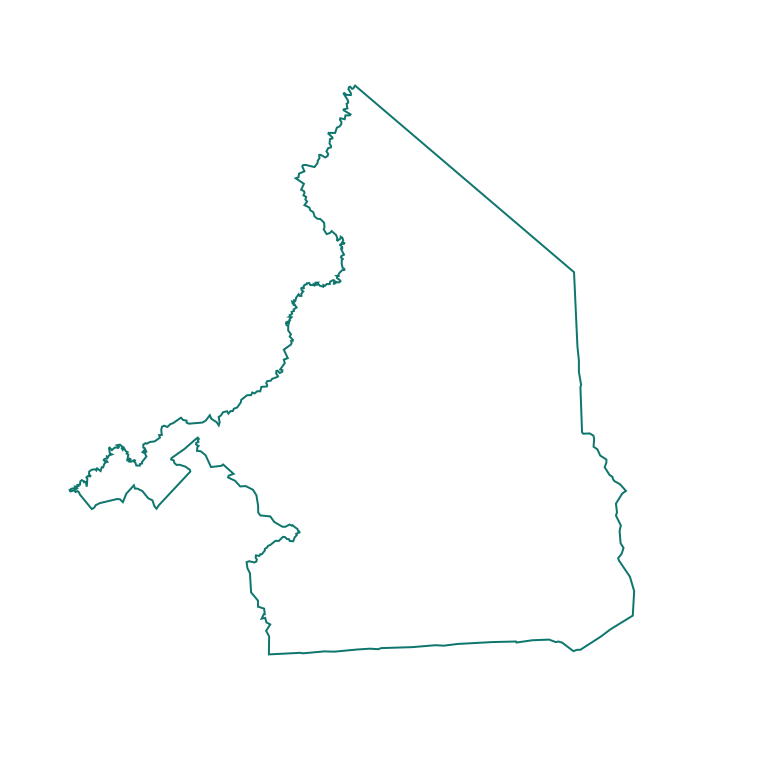 Kilgoris, Rift Valley, Kenya, rotated 191°
{"feature_id": "3690345B49962205101636", "entity_name": "Kilgoris", "entity_type": "district", "adm_level": 2, "iso_a3": "KEN", "parent_name": "Kenya", "parent_adm1": "Rift Valley", "projection": "orthographic", "projection_center": [35.018, -1.222], "detail": "fine", "context": "isolated", "style": "outline", "palette": "teal", "viewbox_px": 768, "rotation_deg": 191, "n_neighbors": 0, "source": "geoboundaries", "source_scale": "gbopen_adm2", "svg_char_len": 6162}
<svg xmlns="http://www.w3.org/2000/svg" viewBox="0 0 768 768"><g transform="rotate(191 384 384)"><path d="M95.6,204.1L98.9,228.4L105.8,241.7L119.9,255.8L120.9,257.7L118.3,262.8L117.6,268.8L121.4,272.9L124.7,284.7L124.5,290.3L131.2,299.1L130.8,302.5L133.5,310.8L129.2,322.0L126.1,325.2L133.1,330.6L139.2,332.6L141.0,334.1L142.0,336.4L145.3,337.8L151.5,344.4L150.7,349.4L151.3,352.3L158.1,355.0L162.1,360.6L166.3,362.4L167.3,370.4L168.6,373.3L172.6,374.7L179.1,373.2L180.4,374.5L190.6,418.4L190.3,420.6L195.0,433.1L197.2,444.3L201.3,457.8L218.8,530.0L469.3,671.4L470.7,668.0L471.7,667.7L474.0,669.4L475.0,668.7L475.2,666.7L471.9,663.0L471.7,661.3L475.8,660.7L478.6,662.0L479.0,661.3L473.6,655.6L472.8,653.4L474.2,651.9L472.5,647.6L476.0,645.8L475.9,645.0L468.3,642.3L468.9,641.1L473.1,640.3L473.1,636.4L477.6,636.5L477.7,634.9L475.7,633.0L475.6,630.5L476.8,628.3L479.2,626.6L479.9,621.1L486.2,620.0L486.4,619.2L481.7,616.2L481.5,615.2L483.8,614.1L483.3,609.6L481.4,607.6L481.3,606.1L483.8,604.9L484.9,601.3L482.7,599.3L482.9,597.0L484.8,595.2L490.1,596.9L491.3,596.5L490.4,593.3L491.6,590.6L491.4,588.1L493.7,583.7L503.0,584.1L505.4,583.3L505.7,581.9L502.7,577.6L507.5,574.3L507.4,570.7L509.9,569.1L500.8,565.2L502.4,558.9L499.3,558.0L498.5,556.5L499.1,553.8L496.1,552.8L496.4,550.1L494.3,548.4L496.2,544.4L491.0,543.0L489.4,540.4L486.2,539.2L484.1,535.2L480.9,533.5L478.0,533.8L473.6,530.9L472.3,526.4L472.7,524.3L469.5,520.8L468.8,520.2L465.8,522.0L464.6,524.1L459.4,521.1L457.6,518.0L457.6,516.2L456.8,515.9L454.4,518.6L454.6,520.3L452.9,519.7L451.4,517.2L452.1,515.1L449.9,514.8L450.0,514.0L453.4,512.9L453.7,512.1L451.2,510.6L450.9,509.0L451.9,508.9L451.7,508.0L447.9,503.3L450.3,501.4L450.4,500.0L448.2,498.8L449.1,497.6L448.5,494.1L446.9,490.3L444.9,489.4L444.7,488.4L446.8,487.7L448.6,485.1L449.6,482.8L449.1,481.4L451.1,481.0L450.3,480.5L450.4,479.1L446.7,477.2L446.3,476.4L447.7,475.0L451.4,475.1L450.9,473.6L452.3,472.9L452.5,476.1L453.8,476.3L456.4,474.1L456.3,471.7L459.3,471.2L460.8,469.0L462.4,469.6L462.3,467.9L465.6,468.2L467.1,469.3L468.8,468.7L468.0,471.0L470.6,470.4L471.0,467.6L472.1,468.3L472.0,467.6L475.3,467.1L476.7,468.9L479.0,468.1L478.9,467.1L481.0,466.2L481.5,464.2L480.7,461.9L482.0,463.3L483.5,462.2L482.6,460.2L480.9,459.5L482.3,456.9L481.9,454.7L483.7,454.4L484.9,455.8L486.7,452.0L486.9,448.8L488.1,449.0L487.8,447.5L489.9,447.5L489.1,445.6L487.7,445.4L487.6,444.5L486.9,444.9L484.4,442.4L486.9,440.0L486.3,438.5L488.4,437.2L487.6,435.3L489.7,433.6L488.7,432.5L489.6,431.9L487.5,431.9L489.1,429.4L488.4,428.4L490.1,427.0L488.9,426.5L489.0,425.1L491.6,425.9L491.9,425.2L490.7,423.0L489.1,423.0L488.3,418.3L484.8,415.0L485.6,412.6L481.8,409.9L481.8,409.1L483.4,408.5L482.5,406.7L482.9,404.9L488.9,398.6L483.4,391.0L487.0,388.8L485.4,385.6L488.7,378.4L486.4,378.2L486.2,376.6L488.4,374.9L491.2,376.7L492.1,376.3L491.9,373.8L489.5,371.4L490.0,370.6L494.8,367.7L495.8,365.6L499.2,364.5L499.8,362.4L498.3,360.3L498.5,359.2L503.8,357.8L504.1,353.2L507.1,352.7L509.2,350.1L511.7,350.5L512.3,347.8L516.3,346.8L521.1,341.2L521.1,338.5L523.6,333.0L526.7,331.0L527.3,328.5L529.5,328.1L531.1,325.3L532.9,327.3L536.6,325.6L538.1,321.9L540.0,320.1L538.0,315.0L538.3,311.9L541.0,314.6L546.9,316.9L549.0,320.1L552.1,313.9L554.9,311.5L568.0,307.8L570.4,308.4L570.8,310.4L574.3,310.3L576.9,312.2L583.7,305.2L586.0,303.9L588.4,300.5L591.9,301.1L593.8,299.7L593.9,296.3L592.4,291.6L595.0,290.9L593.7,288.6L598.2,283.9L602.7,282.4L605.5,280.1L606.9,280.4L608.7,278.6L608.1,275.6L606.7,275.4L604.4,272.2L605.2,271.4L606.8,273.1L608.0,271.0L605.6,270.4L603.4,267.6L606.7,261.1L606.3,259.8L608.3,258.8L608.1,257.3L611.6,256.7L613.1,259.4L614.7,260.2L613.9,261.4L614.5,261.7L617.5,259.4L619.3,259.3L618.4,261.7L619.5,262.2L620.8,260.0L621.5,260.1L621.5,265.9L623.3,266.5L622.6,268.1L624.7,268.8L627.2,271.7L627.9,269.5L629.2,270.9L628.3,272.2L631.7,274.1L634.5,272.9L632.2,271.8L632.6,270.6L636.0,270.4L638.5,267.2L641.2,269.2L641.7,268.6L639.8,263.5L637.6,263.0L640.5,261.3L640.9,259.5L642.2,259.9L641.7,258.0L644.2,257.0L644.6,255.8L643.4,254.9L641.4,255.5L640.8,254.8L641.6,254.7L643.3,252.3L643.8,248.6L645.2,248.4L645.6,244.5L649.5,246.4L649.9,244.3L651.3,245.2L654.7,244.0L656.7,241.7L656.2,238.7L654.7,238.0L654.8,237.3L657.4,236.9L658.3,235.5L657.1,234.3L656.2,226.5L658.0,230.9L659.7,230.4L659.8,231.2L662.3,232.0L663.5,230.5L663.2,227.2L665.4,226.5L664.6,225.4L667.5,224.5L665.3,223.1L667.0,221.5L668.1,222.7L670.9,221.5L672.4,219.9L671.4,218.7L667.8,220.5L666.2,219.1L664.6,220.4L662.7,219.4L661.6,217.6L647.0,205.5L644.8,207.4L644.0,209.9L640.3,212.8L624.0,220.2L621.1,220.4L617.8,218.2L616.0,227.2L610.2,236.8L608.5,233.8L606.2,234.3L600.8,232.8L593.6,226.8L589.1,225.6L585.9,220.0L583.5,218.2L581.9,222.0L557.4,261.1L558.3,262.8L563.6,265.1L569.3,265.7L572.2,265.0L574.7,266.5L575.9,268.9L578.5,269.3L578.5,270.7L567.5,282.1L558.2,294.1L556.6,295.8L555.8,295.4L555.3,294.6L556.0,293.3L555.1,291.8L557.1,290.3L556.9,288.8L554.2,287.8L555.2,286.3L554.8,282.7L551.0,283.0L545.5,280.0L538.0,269.5L528.1,272.6L526.6,274.3L514.5,267.1L519.0,264.4L519.2,262.5L511.7,260.6L505.6,256.0L500.3,257.4L492.5,255.2L488.0,250.4L484.3,240.3L483.0,233.9L480.3,231.4L470.3,232.3L465.5,227.7L456.5,224.5L453.6,225.0L449.9,228.0L447.4,227.3L447.0,227.9L441.1,225.0L440.3,223.4L438.9,223.0L438.6,222.2L441.6,220.2L440.8,219.0L442.4,216.5L443.1,212.3L446.6,211.9L447.6,213.5L449.7,213.3L452.1,214.8L454.0,214.7L457.4,209.8L460.6,209.4L464.8,204.4L467.1,202.9L467.5,201.3L469.5,199.4L469.2,197.8L471.5,193.5L472.9,193.4L473.6,191.4L476.9,191.4L476.9,189.1L475.3,187.4L475.5,185.3L477.1,184.1L482.5,184.3L484.9,182.9L482.9,177.1L479.5,172.7L474.7,154.1L466.4,147.3L465.2,141.4L458.8,140.6L457.1,135.3L458.1,135.1L459.3,130.3L456.0,131.7L453.9,127.5L449.8,126.3L452.6,119.2L448.6,114.3L445.4,96.6L414.7,104.2L412.4,104.1L391.7,110.1L381.6,111.8L359.5,118.3L347.3,121.5L339.0,122.6L336.4,124.2L306.0,131.1L283.7,137.4L275.5,138.5L262.0,142.9L228.2,151.4L205.3,156.4L204.6,155.5L189.7,160.7L173.2,164.6L166.0,163.4L163.8,164.5L159.7,164.1L147.1,157.9L144.0,159.8L140.5,160.6L123.2,177.2L114.8,186.5L95.6,204.1Z" fill="none" stroke="#0f766e" stroke-width="2"/></g></svg>